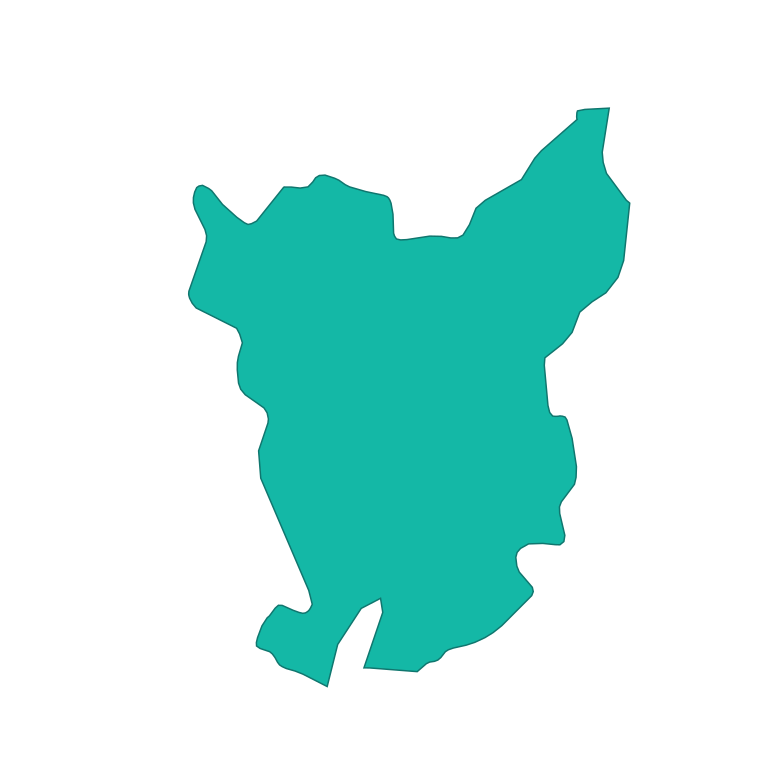 the border of Hamburg, rotated 279°
{"feature_id": "DEU-1578", "entity_name": "Hamburg", "entity_type": "State", "adm_level": 1, "iso_a3": "DEU", "parent_name": "Germany", "parent_adm1": "", "projection": "natural_earth1", "projection_center": [10.019, 53.566], "detail": "fine", "context": "isolated", "style": "filled", "palette": "teal", "viewbox_px": 768, "rotation_deg": 279, "n_neighbors": 0, "source": "natural_earth", "source_scale": "10m", "svg_char_len": 2297}
<svg xmlns="http://www.w3.org/2000/svg" viewBox="0 0 768 768"><g transform="rotate(279 384 384)"><path d="M100.5,408.6L158.2,418.5L171.8,414.1L158.8,396.6L119.5,379.0L76.3,375.2L76.4,374.9L84.8,349.1L86.6,341.0L87.7,332.0L88.9,327.7L90.2,324.8L92.5,322.4L96.7,319.2L99.9,316.0L101.7,313.0L103.4,303.0L105.3,299.1L108.7,298.4L113.8,298.8L126.0,301.3L134.8,305.2L137.0,307.1L145.6,311.6L148.9,314.3L149.4,318.1L146.3,329.6L145.1,335.8L144.8,339.6L145.6,342.2L146.7,343.5L147.9,344.7L149.3,345.6L151.4,346.5L155.2,347.6L168.3,342.0L271.7,277.0L298.4,270.6L327.3,275.5L331.4,275.3L337.2,273.1L341.6,269.2L351.7,248.6L356.4,243.3L362.1,240.2L374.9,236.9L382.2,235.8L388.7,235.9L402.5,237.7L410.8,233.6L416.0,229.7L429.7,186.6L433.7,182.0L438.3,178.6L440.7,177.5L442.3,177.0L445.1,176.8L496.7,186.1L502.7,185.6L508.6,183.0L526.9,170.0L533.0,167.4L538.3,166.6L544.0,167.0L548.7,168.3L550.6,170.3L551.8,173.7L549.7,180.2L547.9,183.6L536.1,196.4L525.6,212.6L521.4,220.9L520.3,224.7L521.6,228.0L525.0,232.7L562.2,253.9L562.9,254.5L564.0,261.7L564.4,270.5L566.8,278.1L572.5,282.1L577.0,284.2L579.8,287.5L581.1,293.1L579.5,303.1L578.2,307.6L574.8,314.5L573.3,319.2L571.2,336.0L570.3,354.2L569.5,357.7L568.5,359.3L566.4,361.1L563.6,362.7L553.1,366.3L534.4,369.9L531.7,371.3L529.2,373.6L528.9,377.9L530.2,384.0L537.2,406.0L538.8,417.7L538.7,427.0L539.8,433.8L543.4,438.7L554.8,443.5L572.0,447.4L581.3,455.3L607.4,487.8L630.6,497.6L639.1,503.0L675.6,533.4L676.4,532.9L678.0,532.5L682.1,532.1L684.0,532.4L686.6,539.4L691.7,563.3L647.0,563.3L637.2,565.8L626.8,570.8L603.4,594.6L601.1,598.4L543.4,601.4L525.9,598.4L508.8,588.9L497.8,576.7L485.6,566.1L464.4,561.7L451.7,554.1L435.0,538.8L427.5,539.4L388.4,549.3L381.8,552.1L378.7,555.6L378.8,558.0L379.3,560.8L380.0,562.8L380.1,565.3L379.7,568.0L377.1,570.3L359.7,578.3L332.5,587.0L321.9,588.3L314.7,587.8L295.4,577.6L290.1,576.5L283.6,577.8L262.8,586.3L256.5,586.3L252.7,582.9L252.1,578.3L251.4,565.8L248.7,551.8L243.0,544.6L238.5,541.8L233.4,541.3L224.9,543.7L219.4,547.0L206.4,562.3L202.3,563.9L198.1,563.0L163.7,538.1L155.6,530.7L149.3,523.4L143.1,514.2L138.9,506.0L134.1,493.9L131.6,489.2L129.2,486.5L122.7,482.9L119.8,480.4L118.0,477.3L116.5,472.6L114.4,469.6L105.1,461.8L101.3,413.9L100.5,408.6Z" fill="#14b8a6" stroke="#0f766e" stroke-width="1.5"/></g></svg>